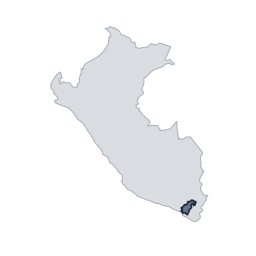 location of Mariscal Nieto, Moquegua, Peru, rotated 351°
{"feature_id": "86281439B75994563843922", "entity_name": "Mariscal Nieto", "entity_type": "district", "adm_level": 2, "iso_a3": "PER", "parent_name": "Peru", "parent_adm1": "Moquegua", "projection": "mercator", "projection_center": [-70.73, -17.055], "detail": "fine", "context": "in_parent", "style": "filled", "palette": "slate", "viewbox_px": 256, "rotation_deg": 351, "n_neighbors": 0, "source": "geoboundaries", "source_scale": "gbopen_adm2", "svg_char_len": 6788}
<svg xmlns="http://www.w3.org/2000/svg" viewBox="0 0 256 256"><g transform="rotate(351 128 128)"><path d="M183.8,71.4L183.7,72.2L182.8,72.5L182.0,72.0L180.8,72.2L178.9,70.5L174.6,70.8L172.6,72.7L169.7,73.1L166.6,74.0L163.0,74.4L157.4,77.5L156.1,78.8L153.6,80.7L151.5,81.3L150.5,87.0L148.4,90.3L147.6,92.1L148.7,94.9L148.7,96.2L147.6,97.3L146.6,97.4L144.7,98.6L141.9,101.1L141.3,103.1L142.3,105.6L141.9,105.9L139.6,106.4L139.6,107.8L139.2,108.4L141.1,110.4L142.3,110.9L142.3,111.4L142.1,111.9L141.7,112.1L141.7,112.6L143.1,114.1L144.2,117.2L146.2,118.7L146.3,119.6L146.9,120.6L148.0,121.4L150.5,124.4L150.6,125.8L147.9,129.1L152.3,129.1L157.1,130.2L157.8,130.7L158.4,132.2L158.4,133.2L159.4,134.0L159.3,135.7L165.6,135.8L169.7,135.3L176.4,129.8L177.4,129.4L176.9,130.6L176.8,131.4L177.1,132.4L176.4,133.7L176.3,147.1L177.5,146.3L179.1,147.6L180.2,147.7L183.8,146.2L188.1,146.4L197.9,163.9L197.1,165.1L197.1,166.0L195.9,166.8L194.7,168.2L194.6,175.2L193.6,177.3L194.2,178.4L194.7,180.7L195.7,182.0L195.9,182.9L195.8,183.2L194.4,183.9L194.3,185.2L191.9,187.7L191.4,189.4L190.5,190.0L190.3,191.9L192.6,195.1L191.1,196.9L189.8,199.7L192.1,205.5L193.0,206.4L193.9,206.3L195.4,206.8L196.2,207.7L194.4,208.8L194.1,209.3L194.2,211.2L192.3,212.7L189.6,216.4L188.9,216.6L187.6,217.7L187.3,218.2L187.5,218.8L188.7,219.9L188.8,221.2L186.9,222.9L185.5,223.1L185.0,223.5L185.6,225.8L185.6,226.8L185.2,228.0L184.2,229.3L181.4,230.7L178.8,231.0L174.4,227.6L173.0,226.2L168.6,223.3L167.9,220.2L166.5,218.8L163.8,217.7L161.7,216.1L160.1,215.4L156.1,212.0L152.5,210.9L145.8,207.3L142.2,206.1L137.6,202.8L135.1,201.9L133.0,200.4L127.0,197.1L126.0,196.0L125.1,194.4L123.7,193.4L122.2,191.2L120.0,189.9L117.8,188.2L115.1,183.5L113.9,182.4L113.8,180.3L112.9,179.4L114.2,178.7L115.0,175.4L114.6,173.8L111.5,169.4L110.9,167.6L108.7,164.2L107.9,162.2L106.1,160.7L105.3,159.4L104.3,158.9L104.3,157.4L103.6,154.4L102.6,152.9L99.0,150.2L98.7,147.2L97.9,145.1L92.9,136.7L90.0,128.6L87.6,124.2L86.6,121.6L86.5,120.2L84.7,117.8L83.8,115.7L79.7,111.5L77.4,106.8L77.1,105.5L75.5,102.9L72.9,99.6L71.6,98.3L63.9,94.2L60.2,91.7L59.8,90.4L60.0,89.6L60.8,88.9L61.9,89.5L62.5,89.3L63.1,88.4L63.1,87.0L62.4,85.2L59.9,81.8L60.6,80.2L58.1,76.3L58.7,72.4L59.2,71.4L63.0,67.5L64.0,65.9L65.6,64.8L67.3,63.3L69.2,62.1L69.8,62.5L70.4,64.5L70.3,65.9L70.9,67.5L69.5,68.9L68.0,68.6L67.4,68.9L67.2,69.6L67.4,70.7L67.8,71.1L68.9,71.1L67.4,73.2L67.5,73.6L68.6,74.0L69.6,73.5L70.7,72.3L71.3,72.1L75.1,74.1L76.8,73.9L78.2,74.8L78.3,76.3L80.2,79.1L83.1,79.8L83.5,79.6L84.2,78.5L84.8,78.4L84.9,76.8L87.4,75.1L87.7,73.9L87.4,73.1L87.4,72.4L88.9,68.7L89.3,68.3L89.7,67.1L90.3,66.4L91.1,62.2L91.8,62.2L92.4,63.2L93.2,62.9L92.8,62.0L92.9,61.6L95.6,58.3L96.5,57.6L109.6,52.9L116.1,48.2L121.8,41.5L123.6,34.8L124.3,35.3L125.4,35.1L125.0,32.4L125.3,31.1L125.2,30.7L123.4,29.1L122.7,27.3L121.1,26.3L121.2,25.9L122.9,26.3L124.4,26.1L125.6,25.0L126.6,25.1L128.7,26.7L130.3,26.8L130.8,27.9L132.4,28.7L134.6,31.0L135.5,33.5L135.5,34.0L136.5,35.3L138.6,35.9L140.7,37.8L142.9,38.4L143.9,40.1L144.5,40.6L144.8,41.6L144.4,42.7L144.7,43.3L146.4,44.3L147.8,44.3L148.1,44.8L148.8,47.6L148.3,49.0L148.5,49.8L150.3,50.4L150.9,51.0L152.3,51.2L154.4,50.6L156.9,51.4L158.9,51.1L159.8,50.9L160.7,50.3L161.5,50.3L163.5,48.5L164.0,48.4L166.2,49.2L168.0,50.4L170.2,50.2L171.1,49.4L172.7,49.0L175.6,50.5L176.2,51.2L177.0,51.3L180.1,52.8L180.7,53.4L182.3,54.0L182.7,54.5L182.6,55.0L175.3,66.4L177.5,67.4L179.6,66.8L180.7,67.5L181.6,69.4L183.2,70.6L183.8,71.4Z" fill="#d9dde1" stroke="#a8b0b8" stroke-width="1"/><path d="M181.8,214.6L182.1,214.5L182.1,214.4L182.2,214.2L182.4,214.1L182.4,213.9L182.4,213.7L182.4,213.2L182.5,213.1L182.8,212.9L182.8,212.7L183.0,212.5L183.0,212.4L183.3,212.4L183.5,212.2L183.4,212.0L183.4,211.9L183.4,211.6L183.4,211.4L183.3,211.2L183.2,211.2L182.9,211.1L182.6,211.2L182.5,211.3L182.4,211.4L182.2,211.3L182.1,211.2L181.9,211.1L181.8,210.9L181.7,210.9L181.5,210.7L181.4,210.4L181.5,210.3L181.4,210.2L181.2,210.0L181.0,209.7L180.9,209.7L180.7,209.6L180.4,209.5L180.2,209.4L179.9,209.2L179.6,209.2L179.5,209.3L179.4,209.3L179.4,209.5L179.2,209.7L179.1,209.8L178.9,209.9L178.6,209.9L178.6,210.0L178.3,210.2L178.2,210.2L177.9,210.2L177.7,210.2L177.7,210.3L177.5,210.2L177.3,210.2L177.2,210.3L176.9,210.3L176.8,210.2L176.7,210.1L176.4,210.2L176.2,210.2L175.9,210.1L175.7,210.4L175.4,210.4L175.4,210.5L175.5,210.6L175.4,211.0L175.2,211.1L174.9,211.4L174.9,211.6L174.8,212.0L174.7,212.2L174.7,212.3L174.4,212.4L174.3,212.6L174.2,212.6L173.9,212.7L173.7,212.7L173.7,212.8L173.5,212.7L173.4,212.8L173.3,212.7L173.2,212.8L173.1,212.7L172.9,212.7L172.8,212.8L172.7,212.8L172.6,212.7L172.4,212.6L172.2,212.7L171.8,212.5L171.7,212.6L171.5,212.8L171.4,213.0L171.2,213.1L171.1,213.3L170.9,213.5L170.7,213.8L170.6,214.0L170.5,214.3L170.4,214.3L170.3,214.2L170.2,214.2L170.1,214.3L169.9,214.5L169.7,214.5L169.4,214.6L169.2,214.7L169.1,214.8L168.9,214.8L168.7,214.7L168.5,214.8L168.5,215.0L168.4,215.1L168.2,215.1L168.0,215.3L168.1,215.6L168.3,215.5L168.5,215.6L168.8,215.8L168.7,216.0L168.8,216.0L168.9,216.3L169.0,216.4L169.0,216.5L168.9,216.6L168.9,216.8L168.7,217.0L168.4,217.1L168.3,217.4L168.1,217.5L167.8,217.8L167.7,218.1L167.5,218.3L167.9,218.4L168.1,218.4L168.0,218.5L167.9,218.6L168.0,218.9L168.1,219.0L168.3,219.0L168.2,219.1L168.2,219.4L168.3,219.6L168.5,219.7L168.5,219.8L168.8,219.9L168.7,219.9L168.7,220.0L168.9,220.2L168.9,220.4L168.9,220.6L169.0,220.5L169.3,220.3L169.5,220.5L169.8,220.4L170.0,220.4L170.2,220.5L170.3,220.5L170.6,220.6L170.7,220.4L170.8,220.4L170.9,220.6L171.0,220.7L171.1,220.9L171.4,220.9L171.5,220.9L171.5,221.0L171.5,221.4L171.8,221.6L171.9,221.8L172.0,222.1L172.1,222.3L172.4,222.6L172.9,222.7L173.1,222.7L173.1,222.8L173.4,222.8L173.4,222.6L173.5,222.4L173.5,222.2L173.7,221.9L173.8,221.7L174.1,221.4L174.3,221.1L174.5,220.8L174.7,220.7L174.8,220.6L175.0,220.5L175.1,220.4L175.1,220.2L175.3,220.1L175.2,219.9L175.1,219.6L175.1,219.4L175.3,219.1L175.5,218.9L175.6,218.7L175.6,218.4L175.7,218.1L175.8,218.1L175.8,217.9L176.0,217.9L176.4,217.8L176.6,217.8L176.8,217.8L177.0,217.7L177.3,217.6L177.5,217.4L177.6,217.2L177.8,216.9L177.8,216.7L178.0,216.4L178.3,216.3L178.5,216.1L178.5,215.9L178.4,215.7L178.3,215.4L178.4,215.2L178.5,214.9L178.4,214.8L178.3,214.7L178.4,214.3L178.4,214.2L178.5,214.1L178.4,214.0L178.5,213.9L178.4,213.8L178.5,213.7L178.8,213.4L179.0,213.3L179.1,213.2L179.3,213.0L179.4,212.9L179.5,212.9L179.8,212.8L180.0,212.7L180.1,212.8L180.4,212.7L180.5,212.7L180.5,212.8L180.6,213.0L180.9,213.2L181.1,213.2L181.3,213.2L181.4,213.4L181.3,213.5L181.2,213.5L180.9,213.7L180.7,213.7L180.6,213.9L180.6,214.1L180.6,214.3L180.6,214.5L180.6,214.8L180.8,214.9L181.0,214.7L181.4,214.6L181.4,214.4L181.5,214.3L181.8,214.4L181.8,214.5L181.7,214.6L181.8,214.6Z" fill="#64748b" stroke="#1e293b" stroke-width="1.5"/></g></svg>